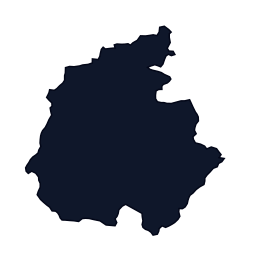 Mata, Rio Grande do Sul, Brazil, rotated 275°
{"feature_id": "56859067B52092652221629", "entity_name": "Mata", "entity_type": "district", "adm_level": 2, "iso_a3": "BRA", "parent_name": "Brazil", "parent_adm1": "Rio Grande do Sul", "projection": "albers", "projection_center": [-54.46, -29.545], "detail": "fine", "context": "isolated", "style": "filled", "palette": "ink", "viewbox_px": 256, "rotation_deg": 275, "n_neighbors": 0, "source": "geoboundaries", "source_scale": "gbopen_adm2", "svg_char_len": 2575}
<svg xmlns="http://www.w3.org/2000/svg" viewBox="0 0 256 256"><g transform="rotate(275 128 128)"><path d="M29.5,114.6L29.5,119.5L29.5,123.6L32.8,125.0L36.5,123.0L38.9,124.7L41.8,125.6L45.8,126.0L49.7,129.1L51.8,132.3L44.2,149.4L40.7,150.0L36.8,151.0L33.0,150.5L30.3,151.6L28.6,154.2L27.8,157.3L26.1,160.1L23.5,162.3L24.8,166.5L27.9,167.6L30.5,167.8L33.5,170.5L32.3,174.1L33.9,177.1L35.9,180.1L37.9,182.7L41.3,185.7L44.5,187.3L49.0,185.8L52.2,185.9L52.4,189.3L54.4,191.8L57.9,193.6L61.1,194.0L63.8,194.6L66.4,195.6L68.9,198.4L72.6,201.2L75.6,204.5L78.4,208.6L81.8,209.1L84.9,208.9L88.2,210.9L91.3,213.5L95.3,216.4L97.2,220.3L100.6,221.3L102.6,224.4L106.0,226.5L106.4,221.3L109.6,223.0L111.9,220.8L115.1,218.0L116.3,212.6L114.0,208.2L116.6,205.9L118.2,201.7L119.0,196.4L122.4,194.1L125.0,193.5L128.2,196.4L131.4,194.4L133.9,194.5L137.7,195.3L141.2,197.5L145.1,197.0L147.7,195.5L149.8,193.7L154.6,190.8L158.7,188.5L161.5,186.9L160.0,182.2L159.6,178.4L157.3,172.1L156.2,169.1L155.9,164.5L156.4,161.8L156.2,158.7L156.7,155.0L159.5,152.9L163.2,152.5L167.4,152.7L169.1,155.2L169.4,158.4L172.4,158.0L174.5,159.3L176.4,163.3L178.3,165.1L180.5,166.4L182.6,165.0L184.5,159.5L186.1,156.4L186.9,152.9L187.7,147.4L188.4,144.6L190.1,142.2L191.7,145.1L193.4,149.2L192.7,152.3L191.8,155.2L194.7,157.2L199.6,158.4L203.0,159.5L205.0,161.7L203.9,164.9L205.3,168.3L208.3,166.3L208.2,162.1L210.8,160.1L216.8,162.6L221.8,161.2L225.4,160.9L227.3,162.6L229.5,160.1L232.5,155.3L231.1,150.8L226.3,150.7L222.6,148.8L223.0,145.0L222.1,141.5L221.2,137.5L220.9,132.4L216.1,129.6L213.4,125.6L210.7,123.2L211.9,120.7L211.2,117.4L210.8,114.3L210.7,109.7L209.6,107.1L206.6,108.2L205.8,103.6L204.7,98.5L206.3,96.2L204.0,94.6L200.1,94.0L196.9,93.7L193.6,92.3L193.7,86.5L189.7,86.8L187.9,82.8L186.8,77.3L185.6,74.4L184.3,68.9L184.2,64.5L182.7,60.5L177.3,60.8L174.7,60.3L170.0,60.7L167.0,59.1L164.2,56.3L160.9,53.6L159.1,51.3L159.3,46.6L156.6,46.3L154.0,45.4L151.4,44.3L148.8,47.0L146.4,50.0L143.1,50.4L141.2,48.7L137.2,49.8L134.2,50.9L131.8,49.7L129.5,48.6L124.7,47.0L121.2,45.5L118.0,43.2L115.3,42.2L112.6,41.7L108.8,41.6L105.3,41.7L102.0,42.8L98.3,41.1L95.3,40.6L93.1,38.5L90.8,35.7L88.0,33.6L85.0,32.3L82.2,30.7L79.4,29.5L76.1,30.3L74.1,32.6L76.6,35.8L75.0,40.0L71.4,43.2L68.2,43.7L65.1,45.4L61.3,45.7L57.1,44.2L53.6,43.4L51.4,45.3L49.2,47.1L46.7,50.3L44.2,53.8L42.3,56.9L38.8,59.6L38.9,63.1L37.4,65.3L35.2,67.0L32.5,68.3L30.6,70.3L30.8,73.2L30.8,77.7L30.9,82.1L30.6,87.0L33.8,90.3L34.4,93.6L34.5,97.2L33.9,101.3L33.5,104.7L33.1,108.2L29.5,114.6Z" fill="#0f172a" stroke="#020617" stroke-width="1.5"/></g></svg>